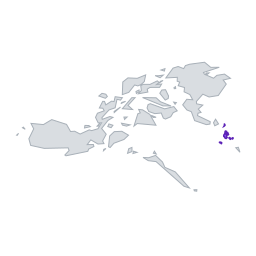 where Sulu sits in Philippines, rotated 269°
{"feature_id": "PHL-2524", "entity_name": "Sulu", "entity_type": "Province", "adm_level": 1, "iso_a3": "PHL", "parent_name": "Philippines", "parent_adm1": "", "projection": "natural_earth1", "projection_center": [121.056, 5.938], "detail": "fine", "context": "in_parent", "style": "filled", "palette": "violet", "viewbox_px": 256, "rotation_deg": 269, "n_neighbors": 0, "source": "natural_earth", "source_scale": "10m", "svg_char_len": 5444}
<svg xmlns="http://www.w3.org/2000/svg" viewBox="0 0 256 256"><g transform="rotate(269 128 128)"><path d="M119.0,28.7L128.8,33.7L134.3,31.1L132.9,43.5L137.7,51.9L132.7,66.6L125.5,70.5L125.7,74.6L122.8,80.0L126.8,89.2L126.0,91.6L127.8,98.0L133.7,101.7L133.6,98.3L139.2,95.7L143.3,97.7L145.6,104.5L148.2,103.2L148.5,99.7L155.1,103.2L155.0,105.0L151.5,106.2L155.1,112.0L154.7,114.5L159.5,115.7L158.4,122.9L156.0,121.0L156.9,117.5L148.4,115.5L146.4,109.3L138.8,102.1L137.1,102.4L139.8,110.1L138.9,113.2L135.9,108.1L128.0,101.6L122.2,106.1L115.5,102.4L112.8,103.7L112.5,97.7L116.8,90.6L112.1,86.9L112.1,93.1L110.1,93.6L107.6,88.3L105.4,87.4L101.3,65.5L102.1,64.4L106.5,68.7L109.2,67.8L109.1,43.9L112.3,30.4L119.0,28.7ZM177.4,166.7L187.1,174.1L188.6,179.2L186.4,184.7L189.4,186.5L190.7,190.8L192.4,205.7L187.2,211.8L187.1,220.3L182.2,204.4L180.4,205.4L176.3,214.4L179.1,217.8L180.2,225.4L175.9,231.3L174.3,224.0L170.2,227.0L158.9,218.8L157.6,209.6L160.5,203.4L153.3,196.8L151.0,197.0L149.6,203.2L145.7,198.6L142.3,201.3L141.6,198.3L139.2,197.7L132.9,210.3L130.5,210.0L130.0,206.4L134.2,194.8L143.2,191.6L145.0,187.2L150.2,183.1L155.7,187.3L155.1,193.2L160.4,190.4L163.2,184.7L167.5,185.2L169.4,178.9L173.0,180.5L173.9,178.0L177.8,178.2L177.4,166.7ZM148.6,174.2L144.3,177.5L142.6,173.5L138.5,170.9L136.3,165.6L137.3,163.5L142.4,161.5L141.9,155.1L144.1,149.1L147.7,147.4L151.1,148.5L151.9,150.7L146.5,165.0L148.6,174.2ZM174.1,123.6L178.1,128.8L177.5,138.1L180.8,146.6L174.1,145.1L171.4,142.0L169.9,138.6L170.9,135.4L163.6,129.4L161.5,122.9L174.1,123.6ZM129.8,134.0L142.1,138.1L142.9,140.5L146.4,139.0L145.9,142.9L141.2,150.1L130.3,156.0L132.3,137.3L129.8,134.0ZM83.3,174.5L67.0,188.3L68.8,182.9L93.9,155.5L95.0,147.7L98.3,142.5L97.9,148.1L100.1,155.1L93.4,161.9L88.0,164.2L83.3,174.5ZM109.6,108.2L120.3,109.5L124.6,114.2L124.8,121.8L120.8,128.4L116.6,123.8L113.0,113.6L108.8,109.8L109.6,108.2ZM165.3,142.0L170.1,141.5L171.4,144.0L171.2,150.7L174.6,158.1L173.0,159.9L170.9,157.2L171.4,162.4L168.1,160.3L168.2,150.7L166.5,147.9L163.6,148.5L162.0,139.0L165.3,142.0ZM149.3,171.4L149.5,163.4L158.2,143.1L157.7,156.7L153.7,160.9L149.3,171.4ZM165.6,166.2L159.3,169.1L156.8,168.7L155.3,165.7L162.2,160.4L165.4,162.5L165.6,166.2ZM147.4,122.7L158.2,132.3L158.2,135.6L150.6,128.4L146.4,132.9L147.4,122.7ZM162.2,106.4L159.9,107.9L158.1,105.9L160.5,99.4L163.1,102.6L162.2,106.4ZM135.3,215.7L130.5,218.6L128.7,214.8L131.8,213.6L135.3,215.7ZM102.7,127.1L107.3,128.4L108.5,131.6L104.4,131.6L102.7,127.1ZM129.8,107.8L132.4,109.0L131.0,113.0L128.6,111.1L129.8,107.8ZM118.1,223.6L123.1,226.0L115.9,225.8L118.1,223.6ZM180.3,164.2L177.7,161.0L179.9,156.0L179.7,159.1L180.3,164.2ZM132.9,121.6L131.1,130.1L129.9,126.6L131.0,122.5L132.9,121.6ZM106.4,235.4L106.8,238.0L101.8,239.5L106.4,235.4ZM131.3,85.0L131.2,88.8L130.0,90.4L128.8,84.5L131.3,85.0ZM140.3,151.4L138.2,156.3L138.1,153.4L140.3,151.4ZM104.7,133.1L103.5,136.6L102.4,132.5L104.7,133.1ZM165.8,139.7L164.1,139.8L162.4,137.0L164.4,136.6L165.8,139.7ZM139.0,124.1L139.0,127.3L136.6,124.7L139.0,124.1ZM186.7,166.0L184.3,165.4L185.4,162.0L186.7,166.0ZM144.8,114.4L149.1,120.9L143.7,114.5L144.8,114.4ZM104.4,154.0L101.5,155.8L102.3,152.9L104.4,154.0ZM153.1,174.1L152.6,176.8L150.9,175.5L153.1,174.1ZM153.7,122.3L154.7,126.1L152.5,121.3L153.7,122.3ZM65.1,195.8L63.6,195.6L64.0,193.2L65.1,192.9L65.1,195.8ZM168.5,176.2L166.6,176.4L166.5,174.9L167.6,174.7L168.5,176.2ZM181.7,210.1L180.3,208.4L180.7,206.6L181.7,207.5L181.7,210.1ZM107.1,103.4L107.9,105.6L105.7,103.1L107.1,103.4ZM174.1,161.1L174.9,163.9L172.8,160.5L174.1,161.1ZM130.7,23.4L128.5,25.2L130.1,22.5L130.7,23.4ZM133.2,99.9L130.3,98.2L130.4,97.1L133.2,99.9ZM122.8,16.5L124.6,18.5L122.6,17.1L122.8,16.5Z" fill="#d9dde1" stroke="#a8b0b8" stroke-width="1"/><path d="M122.7,225.0L123.0,225.1L123.2,225.3L123.3,225.5L123.2,225.9L123.1,226.0L122.9,226.0L122.8,226.5L122.3,226.5L122.2,226.6L121.7,227.2L121.5,227.3L121.4,227.3L121.2,227.2L121.0,226.9L121.0,226.7L121.0,226.4L120.7,226.0L120.1,226.0L119.0,226.6L118.8,226.8L118.7,226.8L118.5,226.7L118.3,226.4L117.7,226.3L117.1,226.7L116.8,226.8L116.7,226.9L116.5,226.7L116.4,226.4L116.2,226.4L115.9,226.0L115.9,225.7L115.9,225.4L116.1,225.1L116.3,224.8L116.8,224.6L117.2,224.3L117.5,224.3L117.6,224.2L117.9,223.7L118.0,223.6L118.6,223.6L118.9,223.6L119.1,223.6L119.3,223.7L119.6,223.9L120.0,224.1L120.3,224.9L120.5,225.1L120.8,225.0L121.0,224.8L121.2,224.7L121.8,225.0L122.1,225.0L122.7,225.0ZM112.1,219.2L112.2,219.4L112.3,219.5L112.3,220.0L112.0,221.0L111.9,221.2L111.8,221.3L111.7,221.4L111.0,221.3L110.8,221.2L110.7,221.0L110.8,220.9L111.1,220.8L111.3,220.6L111.4,220.4L111.4,220.2L111.5,220.1L111.7,219.8L111.7,219.4L111.8,219.3L112.0,219.2L112.1,219.2ZM115.7,231.7L115.9,231.7L116.1,231.9L116.3,232.3L116.4,232.5L116.2,232.9L115.6,232.8L115.5,232.7L115.4,232.5L115.2,232.3L115.2,232.2L115.4,231.9L115.6,231.8L115.7,231.7ZM129.7,224.6L130.1,224.4L130.2,224.6L129.8,224.8L129.2,225.1L128.4,224.5L128.1,224.1L128.0,223.9L128.9,224.4L129.3,224.6L129.7,224.6ZM120.5,227.9L120.7,228.0L120.2,228.2L119.8,228.4L119.6,228.3L119.4,228.1L119.4,227.8L119.5,227.7L119.8,227.4L120.0,227.5L120.4,227.7L120.5,227.9ZM115.7,229.7L116.0,229.8L116.0,230.0L115.9,230.0L115.7,230.1L115.4,230.2L115.2,230.2L115.0,230.3L114.9,230.2L115.0,229.8L115.4,229.6L115.6,229.6L115.7,229.7ZM116.3,228.8L116.5,228.9L116.7,229.2L116.6,229.6L116.4,229.7L116.1,229.6L116.2,229.1L116.3,228.8Z" fill="#8b5cf6" stroke="#5b21b6" stroke-width="1.5"/></g></svg>